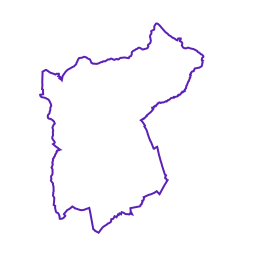 Godinesti, Gorj, Romania (Mercator projection), rotated 168°
{"feature_id": "2599482B27270234020858", "entity_name": "Godinesti", "entity_type": "district", "adm_level": 2, "iso_a3": "ROU", "parent_name": "Romania", "parent_adm1": "Gorj", "projection": "mercator", "projection_center": [22.965, 44.989], "detail": "fine", "context": "isolated", "style": "outline", "palette": "violet", "viewbox_px": 256, "rotation_deg": 168, "n_neighbors": 0, "source": "geoboundaries", "source_scale": "gbopen_adm2", "svg_char_len": 5843}
<svg xmlns="http://www.w3.org/2000/svg" viewBox="0 0 256 256"><g transform="rotate(168 128 128)"><path d="M200.2,199.3L202.1,191.7L202.7,188.8L202.7,188.0L204.0,183.9L203.2,183.2L204.0,178.6L207.0,178.8L207.1,178.3L206.9,177.3L206.0,176.1L202.9,174.8L200.2,172.6L199.7,171.9L199.3,171.0L198.5,167.7L198.4,165.9L198.5,165.6L199.6,164.3L200.2,162.1L200.6,161.0L201.1,160.6L201.6,158.9L202.7,157.9L203.3,157.6L203.7,157.1L203.9,156.7L204.0,156.0L204.2,155.3L204.1,154.4L203.7,153.8L201.5,152.8L201.2,152.3L200.5,151.8L199.0,149.7L198.7,147.5L200.1,146.6L201.8,144.2L201.7,140.8L202.4,139.6L202.8,136.6L203.8,135.1L204.2,133.9L204.0,132.5L202.9,130.4L202.6,129.3L202.8,128.9L203.7,128.1L204.7,127.8L201.9,124.2L200.6,123.0L199.9,121.9L199.0,121.0L199.9,121.0L199.9,120.8L200.2,120.6L201.4,120.8L202.1,120.6L202.1,120.2L202.8,119.7L202.7,119.3L203.5,118.3L204.6,117.3L205.5,115.6L206.4,115.0L206.8,114.1L207.7,113.6L208.0,113.0L208.0,112.2L208.4,111.3L208.8,110.9L209.0,110.4L208.9,110.0L209.3,109.4L209.1,108.2L209.5,107.4L210.4,106.1L210.4,105.8L211.0,105.3L210.9,104.8L210.4,103.1L210.7,102.3L210.9,100.5L211.2,99.7L211.3,99.1L211.7,98.2L213.1,97.0L213.5,96.0L213.5,94.2L213.7,93.7L214.2,93.1L214.3,92.6L213.7,91.0L212.9,89.4L213.1,88.7L213.1,85.8L213.5,83.9L213.6,83.1L213.9,81.5L214.6,80.4L214.7,79.4L215.4,77.7L215.3,77.1L214.6,75.0L215.8,70.8L216.7,68.1L215.4,67.0L215.4,66.8L216.0,64.8L215.9,63.8L215.9,61.1L215.3,60.1L214.2,59.4L214.0,59.1L213.6,57.9L213.3,55.8L213.3,55.6L213.5,55.4L213.6,53.4L213.4,53.3L212.6,53.1L210.8,53.1L209.2,53.8L207.6,55.1L208.6,57.1L204.4,60.4L202.5,60.9L200.5,61.8L198.8,62.8L196.8,60.9L196.7,60.5L195.1,59.7L193.2,58.5L191.1,57.4L190.0,57.2L188.4,57.1L182.5,57.9L182.5,53.5L183.0,36.2L182.0,35.2L181.7,34.4L181.4,34.1L178.5,31.7L173.5,36.1L172.0,36.8L169.2,37.8L167.8,38.5L167.7,38.7L165.8,39.0L164.1,39.9L163.9,40.1L163.5,42.0L163.3,42.3L161.7,42.2L161.3,42.3L159.4,44.5L157.8,43.1L155.7,45.5L155.1,44.9L154.1,46.2L152.8,45.1L152.4,46.0L151.7,47.0L149.7,45.8L148.3,44.3L145.9,43.7L144.9,43.2L143.5,44.3L142.8,43.2L141.9,42.7L142.7,46.0L142.3,49.1L132.7,48.9L132.3,49.0L131.9,49.4L131.6,50.4L130.3,50.8L129.8,52.2L129.1,52.7L129.1,53.1L129.3,53.7L129.2,53.9L128.6,53.9L127.5,54.6L127.1,56.0L126.6,56.5L126.9,57.1L121.0,58.4L119.9,58.3L115.8,59.1L113.1,60.2L110.9,56.7L104.4,64.3L100.2,68.7L101.0,69.1L101.1,70.3L101.5,70.8L102.0,71.1L102.1,71.4L101.9,72.0L100.6,73.8L101.4,74.5L101.6,75.0L102.4,82.7L102.6,86.1L102.9,88.9L103.1,93.2L103.3,95.1L103.3,103.0L103.4,103.6L105.2,103.0L106.7,102.3L107.0,102.3L107.2,102.5L108.2,108.4L108.5,110.0L108.8,110.5L109.0,111.4L109.6,115.4L109.9,118.2L110.1,120.6L110.4,122.7L111.7,126.2L110.9,126.8L112.2,130.2L113.1,132.0L113.8,132.9L110.9,134.0L110.7,133.7L110.4,133.9L107.2,135.8L107.4,136.1L106.9,136.5L103.6,138.2L101.8,139.2L99.4,141.2L100.1,141.8L100.1,142.6L99.2,142.2L99.0,142.7L98.5,142.9L98.5,143.4L98.3,143.5L97.2,143.5L97.1,143.9L96.8,144.1L96.6,144.1L96.4,143.6L96.2,143.6L96.0,144.1L95.2,144.7L94.8,145.0L94.3,145.0L93.8,145.9L93.4,145.9L92.9,146.2L91.9,146.5L91.7,146.4L91.3,145.9L91.1,145.9L90.8,145.7L90.2,145.9L89.2,145.9L88.7,145.7L87.6,145.7L85.3,146.3L84.7,145.9L84.3,146.4L83.8,146.4L83.3,146.9L82.8,146.8L81.4,147.2L81.2,147.4L80.7,147.6L80.1,148.1L79.6,148.3L78.1,148.4L77.7,148.2L76.9,148.1L76.7,148.1L76.5,148.8L75.7,148.5L74.5,148.7L73.5,148.6L73.0,148.9L72.5,148.9L72.0,149.2L72.0,149.7L71.4,149.7L71.2,150.0L70.4,149.7L69.2,150.5L68.4,151.4L67.3,151.4L67.2,151.5L67.4,151.9L67.3,152.2L66.8,152.2L66.1,151.9L65.6,152.4L64.7,152.4L64.6,153.6L63.0,154.8L63.0,155.3L62.3,156.2L62.3,156.9L61.4,157.8L59.3,161.0L58.7,161.3L58.4,162.0L57.0,163.9L57.1,164.4L56.3,164.9L56.2,167.1L55.7,167.0L55.8,167.5L55.6,167.8L55.5,168.0L55.0,168.3L55.0,168.8L53.6,169.9L52.0,170.0L52.0,170.3L51.2,170.9L50.4,172.3L47.5,172.3L45.7,172.2L43.1,173.1L42.3,174.5L41.9,175.8L41.6,176.1L41.6,176.4L41.3,176.8L41.3,177.4L41.1,178.3L40.9,178.4L41.1,178.6L41.4,178.5L41.6,178.6L41.7,179.3L41.5,179.8L41.2,180.3L41.0,181.0L39.5,182.0L39.3,182.5L40.0,183.9L40.7,184.7L41.3,184.9L42.3,186.4L44.0,188.0L44.4,189.1L45.2,189.6L45.8,190.3L46.8,191.0L47.5,191.6L50.1,192.7L52.2,194.0L53.2,194.1L54.7,193.8L56.3,194.4L57.1,195.0L57.5,195.6L58.2,197.6L57.4,199.0L57.3,199.9L57.4,200.3L58.1,201.5L58.6,201.7L59.2,202.2L59.1,202.8L57.9,204.0L57.8,204.6L59.3,205.0L60.3,205.1L61.5,203.5L62.5,204.2L63.7,205.7L66.2,207.6L66.6,208.4L68.9,210.5L69.5,211.8L71.4,213.9L75.9,222.0L76.7,223.2L78.0,224.3L79.0,224.2L81.0,222.2L81.3,221.3L81.7,219.3L82.0,218.8L84.6,218.2L85.2,217.9L85.2,216.5L85.6,215.3L86.9,214.2L87.6,212.5L87.3,211.5L87.5,210.3L87.4,209.0L88.1,207.2L88.6,206.5L89.5,205.9L90.6,205.5L91.4,204.7L91.1,203.6L91.2,203.4L92.2,202.2L93.2,201.9L97.1,201.7L97.8,202.0L98.2,202.6L100.0,204.1L100.7,204.3L101.3,204.2L102.8,203.4L103.8,203.4L105.6,202.6L106.8,202.4L108.0,201.7L108.5,201.3L108.8,200.6L108.9,199.7L109.3,198.8L109.9,197.9L110.3,197.7L111.8,197.5L112.4,196.4L112.7,196.2L113.2,196.3L115.4,197.2L117.6,197.9L119.8,197.9L120.6,198.2L121.6,197.9L122.4,197.3L123.1,197.1L123.7,197.2L124.5,197.8L125.1,197.9L127.1,197.5L127.8,197.8L129.6,199.2L130.4,199.4L131.6,198.9L133.4,199.2L136.4,198.0L138.5,198.4L139.4,197.9L140.6,198.0L143.1,197.4L144.6,197.2L145.6,197.3L149.2,198.4L149.5,198.9L150.2,199.3L150.3,199.7L150.9,202.9L152.3,203.9L153.2,204.6L153.5,205.2L155.3,206.5L156.2,206.8L158.5,206.3L161.0,206.6L161.3,206.6L163.0,204.9L163.6,203.8L164.7,202.6L165.1,201.7L165.8,200.9L168.3,199.4L169.6,199.2L172.5,198.2L173.5,198.0L175.3,197.3L177.2,196.1L181.1,192.5L182.8,188.5L183.3,189.4L184.8,190.8L184.1,191.5L183.4,191.6L183.6,191.9L184.1,192.4L185.5,193.1L184.6,194.1L184.3,195.2L184.4,195.5L185.6,195.6L186.6,195.9L187.9,195.4L188.1,195.5L188.8,196.1L192.4,198.2L195.9,201.8L196.5,201.9L199.9,200.8L200.2,199.3Z" fill="none" stroke="#5b21b6" stroke-width="2"/></g></svg>